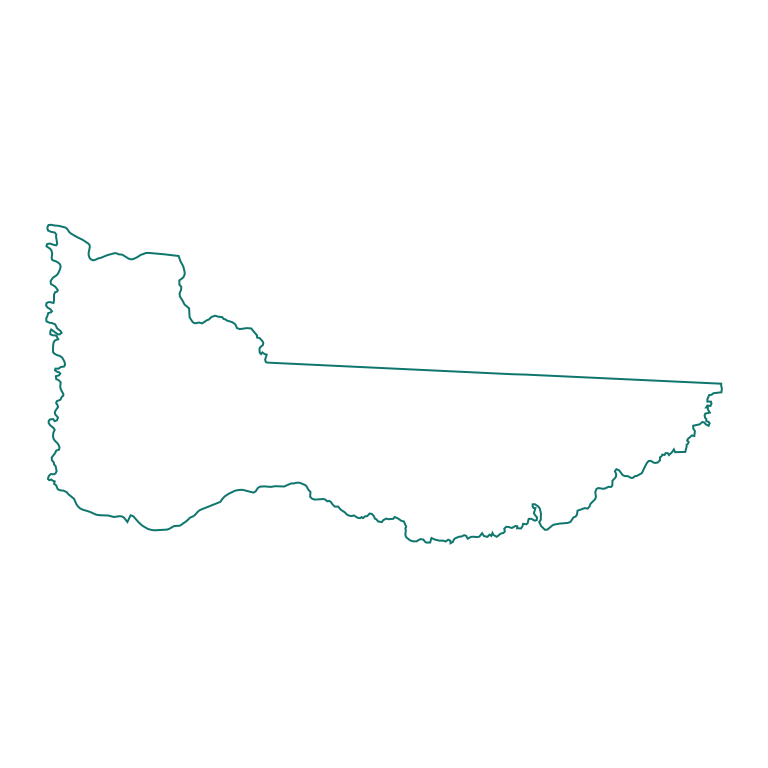 outline of Porto Alegre do Norte, Mato Grosso, Brazil
{"feature_id": "56859067B37465571379655", "entity_name": "Porto Alegre do Norte", "entity_type": "district", "adm_level": 2, "iso_a3": "BRA", "parent_name": "Brazil", "parent_adm1": "Mato Grosso", "projection": "mercator", "projection_center": [-51.745, -10.764], "detail": "fine", "context": "isolated", "style": "outline", "palette": "teal", "viewbox_px": 768, "rotation_deg": 0, "n_neighbors": 0, "source": "geoboundaries", "source_scale": "gbopen_adm2", "svg_char_len": 5956}
<svg xmlns="http://www.w3.org/2000/svg" viewBox="0 0 768 768"><path d="M503.6,532.9L504.8,531.4L504.3,528.6L506.1,526.9L508.3,526.9L511.9,528.0L515.4,526.0L517.3,526.3L517.1,528.3L521.1,528.4L522.5,526.2L523.1,523.8L526.4,524.3L527.6,523.3L528.7,518.9L531.3,518.8L534.8,520.7L536.7,520.1L537.0,517.3L535.2,515.3L533.9,513.2L535.4,508.1L533.5,508.0L532.5,506.0L532.7,504.3L534.8,504.2L538.3,506.5L539.8,508.5L540.9,513.2L540.8,519.7L539.2,522.1L541.2,526.2L545.0,529.8L547.4,529.6L552.4,525.4L554.0,524.6L559.7,523.6L567.9,522.9L570.5,521.9L573.5,517.4L575.5,516.6L577.0,514.7L577.5,510.7L584.7,508.1L587.7,508.6L589.4,506.6L590.6,503.7L595.2,499.1L595.9,496.9L595.3,492.0L596.4,489.1L598.3,488.0L602.5,488.7L604.4,488.7L608.6,486.8L611.2,486.9L612.3,485.5L612.5,480.6L615.0,478.1L616.0,476.5L616.2,474.1L614.9,471.2L616.4,469.2L619.0,470.2L622.5,474.9L624.5,476.0L628.0,476.2L631.0,477.9L633.0,477.8L635.0,476.1L636.7,476.0L641.9,473.1L645.4,465.7L647.1,462.7L648.7,461.0L650.8,460.8L653.8,462.7L655.7,462.9L657.7,462.5L659.9,460.4L660.0,457.4L661.6,456.2L662.3,454.6L664.5,455.0L665.6,453.1L667.8,453.2L669.0,455.1L671.8,452.4L673.9,449.4L675.1,452.2L685.3,451.9L686.6,446.7L686.6,444.7L687.9,443.8L688.7,442.1L687.1,440.4L688.2,438.6L692.1,435.4L694.3,436.1L694.9,431.0L693.3,428.7L693.2,425.7L699.5,424.4L702.4,422.0L704.0,422.4L705.9,424.4L708.6,425.8L709.6,423.3L708.5,421.8L706.3,421.2L706.3,419.0L705.1,417.8L704.6,415.3L705.3,413.6L709.8,412.6L707.9,409.5L707.8,407.3L706.2,407.4L707.5,405.5L710.4,406.0L711.5,403.5L710.9,401.6L707.4,401.6L707.3,399.5L709.2,395.0L711.5,394.8L713.5,393.2L721.4,392.3L721.9,388.9L721.2,385.6L721.2,383.7L525.7,374.6L511.9,374.2L267.3,362.6L265.8,362.0L265.1,359.7L266.7,354.6L264.7,354.1L262.3,352.4L261.0,354.1L259.7,352.6L259.5,349.3L259.8,347.7L262.9,345.0L263.3,342.9L262.6,341.4L259.7,338.1L257.1,337.5L257.0,335.4L251.1,328.4L246.9,328.1L239.8,329.1L237.0,328.1L235.3,324.3L232.1,322.1L226.8,320.5L225.3,319.3L223.7,319.0L222.1,317.1L218.2,316.7L215.2,315.7L211.4,317.0L209.1,319.4L206.8,320.3L202.1,323.4L199.0,322.5L196.0,323.2L194.3,323.1L192.5,321.9L189.6,317.3L189.1,308.3L184.6,304.6L182.2,300.0L179.9,296.5L179.6,293.4L181.1,289.7L181.3,286.8L179.4,284.7L179.3,280.4L181.5,278.9L183.6,277.0L184.7,274.3L184.6,271.9L183.3,266.5L180.4,261.1L178.7,256.0L164.3,254.3L148.5,252.9L146.0,253.0L140.7,254.9L137.4,257.1L133.8,258.8L131.6,259.4L128.9,258.8L122.3,254.7L118.6,254.3L116.8,253.4L115.0,253.1L107.4,255.1L100.7,257.9L98.8,258.2L94.9,260.0L93.0,260.3L90.8,259.3L89.5,257.7L88.7,255.3L88.6,253.2L89.8,247.0L89.6,245.1L88.5,243.7L82.6,239.8L77.1,237.1L71.0,233.6L69.1,231.9L67.2,228.9L65.6,227.6L59.1,225.9L53.9,225.4L51.6,224.8L48.6,225.0L47.6,226.6L47.4,228.3L48.0,230.5L50.7,231.7L54.9,232.6L56.2,234.4L56.1,237.0L57.2,243.6L56.3,245.3L54.2,245.0L49.7,243.5L47.0,244.2L46.5,246.3L49.9,248.6L51.4,250.4L52.2,253.3L51.7,257.3L51.9,259.5L53.3,260.5L55.7,261.2L58.6,262.9L60.1,264.5L60.6,266.4L60.1,269.1L58.2,273.3L56.7,275.2L52.9,277.7L50.6,281.1L50.9,284.0L55.3,286.7L57.9,290.2L57.0,291.6L55.0,292.3L54.0,294.8L54.0,300.9L53.4,303.0L50.1,302.1L48.3,302.2L46.5,303.2L46.1,305.6L47.7,307.7L50.4,309.2L52.0,311.3L50.9,312.4L48.3,313.0L47.4,315.9L46.2,318.5L46.5,321.4L49.4,322.7L52.1,323.1L55.2,324.4L57.1,328.3L60.5,331.0L61.6,332.9L59.6,334.4L57.8,334.3L51.2,329.5L50.3,331.4L50.3,334.2L52.6,335.3L55.0,335.4L56.5,335.9L58.2,339.3L56.1,339.9L54.5,340.9L53.6,342.5L53.1,345.7L53.0,352.0L54.4,353.7L57.0,355.1L60.0,356.0L62.0,357.4L64.2,361.1L64.9,363.4L64.9,365.3L63.9,366.6L60.8,367.0L58.5,368.7L55.5,368.6L55.0,370.3L56.9,371.7L58.9,372.2L60.3,373.5L59.1,375.3L55.8,376.2L56.2,379.0L58.8,380.3L60.7,382.3L60.2,387.0L61.0,389.8L63.4,394.1L63.2,395.8L61.8,396.9L60.4,399.7L56.9,401.2L56.1,402.9L57.4,405.0L58.1,406.9L55.3,411.0L54.8,412.6L55.2,414.4L58.0,417.5L57.0,420.2L54.8,421.2L53.0,419.0L49.9,419.5L48.7,420.9L48.7,423.1L50.2,425.3L53.6,428.0L54.7,429.9L53.4,432.6L53.0,436.4L53.5,438.6L54.9,440.8L57.6,443.4L58.9,445.6L59.5,447.4L59.1,449.6L56.1,450.7L55.3,452.8L51.8,457.4L51.8,460.0L53.9,462.7L54.1,464.5L55.6,466.1L56.6,471.1L55.6,473.3L53.9,474.3L50.7,474.1L48.8,476.0L47.9,478.9L49.3,480.2L51.3,479.5L52.7,480.7L54.7,481.4L54.0,483.7L56.2,485.4L57.7,489.1L59.7,490.2L63.6,490.7L66.6,492.1L68.6,494.4L74.1,498.9L76.2,503.8L77.9,506.3L79.8,508.2L82.0,509.4L90.0,511.9L96.0,514.6L99.2,515.2L108.1,515.5L113.9,517.0L119.3,516.2L121.8,516.4L124.0,517.6L127.4,522.0L130.6,515.3L133.2,516.2L138.7,522.4L142.1,525.5L147.6,528.8L151.2,529.9L154.5,530.3L167.1,529.6L169.3,528.8L174.2,526.0L179.9,525.7L186.8,520.9L190.1,517.6L192.8,516.5L194.8,515.1L198.4,511.1L200.3,509.9L220.5,501.8L221.7,499.7L224.7,496.4L228.5,493.9L235.2,490.6L239.6,489.9L242.9,489.9L253.4,492.6L255.7,491.3L257.8,488.0L260.3,486.6L264.6,486.4L270.7,486.9L275.3,486.2L284.1,486.5L291.0,483.5L294.0,483.4L297.7,482.6L299.9,482.8L305.4,485.2L306.8,486.7L308.2,489.5L310.5,492.0L310.1,496.7L312.1,498.7L314.7,499.6L323.7,499.0L325.4,499.7L327.2,501.3L329.2,500.9L330.9,502.0L332.8,504.7L334.8,506.6L338.2,506.6L340.0,508.9L341.2,510.0L344.8,512.3L347.0,514.6L349.4,515.7L351.7,516.1L353.8,515.4L357.5,517.7L360.1,518.2L361.6,517.1L363.0,518.1L365.0,516.4L367.2,516.1L369.7,513.5L372.0,514.0L374.1,516.5L374.8,518.6L376.5,519.4L378.0,521.4L381.9,522.1L383.2,520.2L386.2,518.6L388.6,519.2L393.3,518.8L394.7,517.0L398.4,518.7L401.1,520.7L403.9,521.5L406.2,526.8L405.4,528.4L405.8,530.5L405.3,534.7L406.2,537.2L409.9,540.3L413.1,541.3L416.8,541.3L418.4,540.1L420.6,539.1L423.4,539.6L425.0,541.7L426.4,542.6L430.1,542.5L431.5,538.0L434.6,539.5L439.5,540.7L443.5,540.7L445.7,541.5L448.2,539.7L450.4,540.8L450.5,543.2L452.8,542.0L453.8,539.7L455.0,538.4L459.0,536.7L461.6,536.5L464.1,535.2L466.1,535.8L467.7,538.7L471.0,536.9L473.0,536.7L477.6,537.1L479.4,536.6L482.1,533.2L483.9,536.0L487.4,536.9L489.6,534.6L491.3,535.9L492.5,533.0L493.3,534.9L496.8,536.8L500.7,533.6L503.6,532.9Z" fill="none" stroke="#0f766e" stroke-width="2"/></svg>